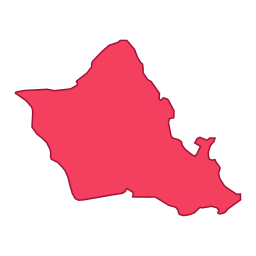 the district of Honolulu, Hawaii, United States of America
{"feature_id": "52423323B23592629733445", "entity_name": "Honolulu", "entity_type": "district", "adm_level": 2, "iso_a3": "USA", "parent_name": "United States of America", "parent_adm1": "Hawaii", "projection": "mercator", "projection_center": [-157.906, 21.485], "detail": "fine", "context": "isolated", "style": "filled", "palette": "rose", "viewbox_px": 256, "rotation_deg": 0, "n_neighbors": 0, "source": "geoboundaries", "source_scale": "gbopen_adm2", "svg_char_len": 1867}
<svg xmlns="http://www.w3.org/2000/svg" viewBox="0 0 256 256"><path d="M16.0,92.0L15.4,93.2L18.4,95.2L25.7,100.3L31.6,106.9L32.5,109.6L32.7,113.2L32.0,127.1L36.9,134.0L41.9,137.9L46.6,142.4L50.1,149.3L50.7,152.8L50.6,157.2L51.3,159.2L51.7,159.4L57.6,162.3L61.9,166.6L65.3,171.0L67.8,176.6L68.8,180.5L70.6,187.7L71.6,190.7L72.1,192.9L75.2,198.6L78.5,200.2L83.9,199.8L84.5,199.7L99.6,197.1L106.8,195.8L111.4,195.0L122.2,193.3L124.8,191.8L126.6,189.2L127.0,188.6L132.8,192.2L133.2,194.6L132.7,196.9L147.5,197.1L155.0,196.9L162.1,201.2L163.4,202.0L165.3,203.1L168.9,205.3L175.8,207.3L178.2,210.4L178.6,213.0L179.7,214.5L183.8,215.6L189.7,214.6L194.4,212.7L198.7,208.6L199.8,207.5L202.6,207.8L211.6,206.3L216.0,207.5L216.7,207.7L219.0,210.1L218.0,212.3L218.1,213.3L219.6,213.9L223.1,213.2L225.1,212.3L228.2,208.7L240.6,199.8L240.5,196.0L240.4,194.0L238.3,194.2L236.7,194.3L229.3,189.4L225.3,186.7L224.1,185.4L219.9,178.8L219.3,176.9L218.6,172.9L220.0,168.8L219.9,167.3L216.3,162.4L215.5,161.1L215.4,160.6L215.3,160.3L215.0,159.7L214.9,159.7L214.7,159.6L214.4,159.6L213.6,159.8L213.0,160.1L212.3,160.2L209.3,159.2L208.3,155.3L208.5,151.6L208.6,151.1L210.2,146.1L211.9,143.7L213.9,141.6L215.0,138.1L209.6,138.1L207.0,140.3L199.9,137.3L197.2,138.6L194.8,143.0L200.5,146.3L197.1,153.4L195.1,156.3L194.3,155.9L192.1,154.9L185.1,149.3L183.0,146.3L182.3,145.4L181.4,141.6L178.3,139.6L172.5,138.0L170.9,135.2L169.7,129.1L168.4,122.4L169.5,118.7L173.8,117.7L174.0,110.8L168.4,100.2L167.1,99.0L163.3,97.8L161.2,100.2L159.1,99.2L159.5,93.4L151.2,81.6L147.5,79.5L142.9,72.5L143.2,69.9L142.6,64.1L140.6,62.5L137.4,57.2L134.5,49.3L126.8,40.4L120.2,40.4L118.3,42.2L109.1,45.3L102.2,51.3L92.6,61.3L91.6,63.6L91.6,67.0L86.9,73.0L76.8,80.9L76.3,81.6L77.3,82.7L77.3,85.1L71.6,88.3L70.5,88.9L54.6,90.7L47.2,89.3L24.4,90.5L16.0,92.0Z" fill="#f43f5e" stroke="#9f1239" stroke-width="1.5"/></svg>